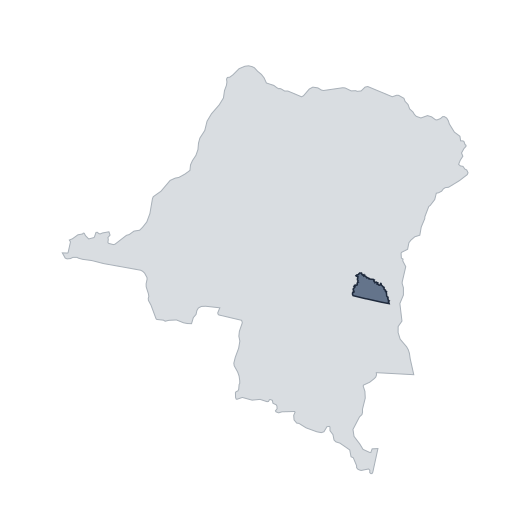 Kabambare, Maniema, Democratic Republic of the Congo (highlighted), rotated 12°
{"feature_id": "63176286B85957320837216", "entity_name": "Kabambare", "entity_type": "district", "adm_level": 2, "iso_a3": "COD", "parent_name": "Democratic Republic of the Congo", "parent_adm1": "Maniema", "projection": "orthographic", "projection_center": [27.672, -4.419], "detail": "fine", "context": "in_parent", "style": "filled", "palette": "slate", "viewbox_px": 512, "rotation_deg": 12, "n_neighbors": 0, "source": "geoboundaries", "source_scale": "gbopen_adm2", "svg_char_len": 7262}
<svg xmlns="http://www.w3.org/2000/svg" viewBox="0 0 512 512"><g transform="rotate(12 256 256)"><path d="M435.0,339.3L397.9,345.1L398.6,347.2L398.3,349.5L397.3,351.2L393.5,355.8L387.9,360.0L387.9,361.0L390.7,365.8L392.4,372.3L392.0,383.7L392.7,386.7L392.6,389.1L390.7,391.8L386.9,405.5L389.4,412.1L396.6,418.3L400.9,422.9L408.0,424.5L409.2,424.3L409.7,420.5L415.3,419.0L415.2,443.3L414.7,444.7L413.7,445.0L412.3,444.2L411.9,441.9L410.4,440.9L403.5,443.9L401.7,443.8L399.8,443.3L398.4,442.1L398.0,440.2L393.1,433.1L390.7,432.6L388.0,426.2L377.0,421.6L372.8,421.2L370.6,419.8L368.4,414.7L364.7,411.5L363.9,407.9L363.2,407.4L360.9,408.2L359.0,413.8L356.6,415.2L352.1,415.3L340.8,413.7L332.7,410.8L330.6,411.0L327.3,408.4L326.0,404.0L326.7,400.6L326.0,400.1L313.8,403.0L310.8,404.7L308.0,404.3L307.2,403.4L308.4,401.0L307.7,398.5L306.8,397.4L303.2,396.5L302.0,393.8L299.8,393.4L299.0,393.8L298.5,395.6L297.2,396.2L289.8,395.4L282.2,397.8L272.0,397.2L267.2,400.1L266.4,400.1L265.4,398.6L264.3,394.0L264.8,392.7L266.3,391.8L266.8,390.0L266.2,385.2L266.6,384.0L266.0,381.3L264.4,376.9L262.2,373.3L257.5,367.9L256.6,365.4L256.8,359.4L258.2,349.8L257.9,342.6L255.9,338.0L255.4,333.1L256.5,324.1L255.3,321.9L231.9,321.4L230.9,320.7L230.4,319.5L231.4,314.2L217.2,315.6L213.0,316.7L210.4,318.9L209.5,321.7L209.5,325.6L207.5,329.3L207.0,335.6L203.1,336.3L199.1,336.4L191.5,335.1L184.2,337.0L180.7,338.7L178.8,338.0L172.2,338.7L171.3,338.2L163.5,325.9L160.0,321.8L159.4,319.8L159.6,317.9L158.6,315.3L155.0,309.0L154.3,306.0L154.3,301.4L153.9,299.8L150.6,295.9L148.5,294.6L146.2,293.9L108.5,295.1L96.1,294.6L87.1,295.3L82.5,295.0L81.3,294.5L77.2,295.4L75.0,297.1L71.8,298.1L69.8,297.7L65.9,293.2L71.1,292.3L71.5,291.8L71.6,280.8L70.1,279.2L72.9,277.3L77.4,272.3L81.8,270.5L82.3,269.5L83.3,269.5L84.9,271.5L88.8,274.1L93.6,271.7L94.0,271.0L94.6,266.2L95.8,265.8L97.8,266.8L99.0,266.8L101.0,265.4L107.1,262.9L108.9,265.9L107.3,268.7L108.1,270.6L108.3,273.6L109.3,274.3L114.2,274.5L115.6,273.8L125.0,262.7L127.5,261.4L131.5,257.0L136.8,255.0L139.1,251.5L142.1,245.4L143.4,236.6L142.8,221.4L143.2,219.3L149.6,212.4L156.3,199.9L160.8,196.6L164.2,195.2L169.5,190.6L173.6,186.0L173.0,180.5L174.0,175.9L176.3,170.1L177.1,164.0L176.3,157.6L176.6,152.3L179.8,143.9L180.1,134.3L182.9,126.1L188.6,115.8L191.3,108.2L190.8,100.7L191.6,95.2L191.4,91.9L190.4,89.1L190.9,87.3L193.1,86.6L195.7,83.7L200.5,76.3L205.7,72.7L209.2,71.5L212.9,71.6L215.3,72.2L219.2,75.0L223.6,77.3L226.9,80.1L230.2,84.6L238.1,85.5L241.5,87.1L243.6,87.7L244.4,87.2L246.0,87.4L249.8,88.7L252.8,88.0L267.5,90.8L269.2,89.3L273.4,81.6L276.5,79.0L281.6,78.7L285.5,80.1L287.6,80.1L305.8,73.4L308.2,73.1L314.8,74.7L319.1,73.6L320.8,73.9L324.5,72.7L327.6,68.1L330.1,67.0L356.2,71.9L360.2,69.5L362.1,69.2L367.9,71.0L369.7,73.8L373.2,76.2L375.7,80.2L379.6,82.5L381.5,84.6L383.8,86.1L388.6,86.7L394.6,83.0L398.9,83.4L403.2,85.4L404.7,85.3L407.9,83.2L409.6,80.9L411.3,80.5L413.8,81.4L415.9,83.6L417.7,86.7L424.3,93.6L430.6,96.5L432.2,100.8L434.5,100.4L435.6,100.8L437.3,103.5L438.4,104.0L438.6,105.1L437.1,107.6L435.6,112.5L437.6,115.4L435.9,119.8L435.1,124.2L437.2,125.4L439.8,125.3L442.3,127.6L444.2,128.0L446.1,130.5L445.7,132.5L439.5,139.8L430.1,148.7L426.9,149.8L425.3,151.4L424.1,154.0L421.4,156.2L419.3,157.1L419.1,163.6L415.9,170.3L414.7,171.6L413.0,182.5L413.3,184.4L411.6,193.3L411.9,201.6L407.3,204.2L404.2,208.3L402.8,211.2L402.9,217.9L397.7,222.1L397.3,223.0L398.6,227.8L400.5,228.5L400.5,230.2L404.7,235.3L404.4,251.1L404.7,252.6L406.8,256.4L408.3,263.5L406.6,272.6L412.3,289.3L409.7,295.4L410.9,301.3L414.3,307.4L422.2,313.5L424.4,316.0L426.3,319.3L428.2,324.5L435.0,339.3Z" fill="#d9dde1" stroke="#a8b0b8" stroke-width="1"/><path d="M376.7,254.9L376.3,254.8L375.9,254.5L375.3,254.5L372.6,254.9L372.3,254.8L372.0,254.7L371.9,254.8L371.4,255.0L371.3,254.9L371.0,254.7L370.9,254.6L370.9,254.3L370.5,254.3L369.4,253.9L369.1,253.9L369.1,254.0L368.9,254.3L368.8,254.2L368.7,254.1L368.4,253.9L368.2,253.7L367.9,253.4L367.8,253.2L367.7,253.2L367.4,253.2L367.2,253.2L366.8,253.1L366.6,253.0L366.6,252.9L366.4,252.9L366.2,252.8L366.2,252.7L366.0,252.8L365.9,252.7L365.9,252.8L365.9,252.7L365.8,252.8L365.8,252.7L365.7,252.8L365.6,252.7L365.5,252.8L365.4,252.8L365.4,252.7L365.4,252.8L365.4,252.7L365.2,252.6L365.1,252.4L365.0,252.5L364.9,252.5L364.9,252.4L364.8,252.5L364.7,252.4L364.4,252.3L364.2,252.4L363.9,252.3L363.9,252.2L363.7,252.2L363.5,251.9L363.4,251.9L363.3,251.6L363.2,251.5L363.1,251.4L363.1,251.2L362.9,250.8L362.7,250.7L362.6,250.8L361.7,251.0L361.0,251.0L360.7,251.5L360.3,252.0L360.3,252.4L360.2,252.6L360.1,252.8L359.3,253.2L358.9,253.5L358.6,253.5L358.3,253.8L358.2,254.1L358.0,254.3L357.9,254.4L357.8,254.5L358.0,254.7L358.4,254.7L358.5,254.9L358.9,255.0L359.2,255.0L359.3,255.1L359.8,255.0L360.0,255.0L360.1,255.8L360.1,256.3L360.2,256.8L360.2,257.1L359.9,257.4L360.2,258.0L360.2,258.3L360.9,258.8L361.0,259.0L360.9,260.0L360.8,260.5L360.9,260.8L361.0,260.8L360.9,260.9L360.7,261.2L360.7,261.5L360.6,261.8L360.9,262.4L361.0,262.9L360.9,263.3L360.7,263.6L360.4,263.6L360.2,263.6L359.8,263.6L359.6,263.7L359.6,263.8L359.6,264.0L359.4,264.2L359.3,264.3L359.2,264.4L359.2,264.5L359.1,264.4L359.1,264.5L358.9,264.5L358.7,264.7L358.8,264.7L358.7,264.8L358.7,265.0L358.5,264.9L358.5,265.0L358.3,265.1L358.2,265.3L358.4,265.4L358.4,265.6L358.7,265.9L359.0,266.3L358.7,266.8L358.0,267.6L358.0,268.6L358.3,268.8L358.5,268.9L358.6,269.2L358.5,269.5L358.8,269.7L358.8,270.1L359.0,270.2L358.9,270.3L359.1,270.8L359.2,271.1L358.8,271.2L358.4,271.2L358.4,271.4L358.3,271.7L358.2,271.8L358.1,272.0L358.3,272.6L358.2,273.1L358.3,273.3L358.6,273.7L358.7,273.8L358.8,274.0L359.0,274.4L359.2,274.6L371.9,275.0L373.4,274.9L388.2,275.1L396.2,274.9L396.1,274.7L395.9,274.5L395.6,274.3L395.5,274.1L395.4,274.0L395.3,273.9L395.2,273.9L395.1,273.6L395.3,273.4L395.2,273.3L395.2,273.2L395.5,273.0L395.4,272.9L395.1,272.7L395.0,272.4L394.9,272.2L395.0,272.1L394.9,272.1L394.9,271.9L394.8,271.7L394.6,271.6L394.3,271.3L394.3,271.2L394.2,270.8L394.0,270.7L393.9,270.6L393.8,270.3L393.8,270.2L393.9,269.7L393.7,269.7L393.7,269.4L393.6,269.2L393.4,269.0L393.3,268.8L393.3,268.7L393.2,268.7L392.8,268.6L392.7,268.5L392.5,268.4L392.2,268.1L391.4,265.4L391.1,265.0L391.1,263.8L391.1,263.7L390.3,263.7L390.1,263.8L389.9,263.6L389.9,262.7L389.7,262.4L389.0,262.3L388.4,262.0L388.1,261.8L388.1,261.7L388.0,261.2L388.0,260.9L388.0,260.6L387.9,260.6L387.6,260.0L387.5,259.9L387.2,260.1L386.2,259.3L384.9,258.5L384.5,258.0L384.2,257.2L384.0,256.9L383.8,256.8L383.7,256.8L383.5,257.2L383.7,257.6L383.6,257.8L383.6,258.0L383.5,258.3L383.4,258.4L383.4,258.6L383.2,258.7L383.2,258.8L383.2,258.7L383.0,258.9L382.7,258.9L382.4,259.0L382.3,258.9L382.1,258.7L381.8,258.6L381.6,258.4L381.4,258.4L381.5,258.3L381.4,258.2L381.2,258.1L380.9,258.1L380.8,258.3L380.7,258.3L380.6,258.2L380.5,258.3L380.3,258.3L380.3,258.2L380.3,257.9L380.5,257.7L380.4,257.6L380.3,257.4L380.6,257.2L380.7,256.9L380.0,256.8L379.6,256.7L379.3,256.5L378.8,256.9L378.8,257.0L378.7,257.0L378.3,256.9L378.2,257.0L378.2,256.9L377.9,256.9L377.9,257.0L377.8,256.8L377.7,256.8L377.4,256.8L377.4,256.7L377.2,256.7L377.0,256.4L376.9,256.4L376.7,256.3L376.6,256.2L376.4,255.8L376.4,255.6L376.5,255.5L376.5,255.3L376.7,254.9Z" fill="#64748b" stroke="#1e293b" stroke-width="1.5"/></g></svg>